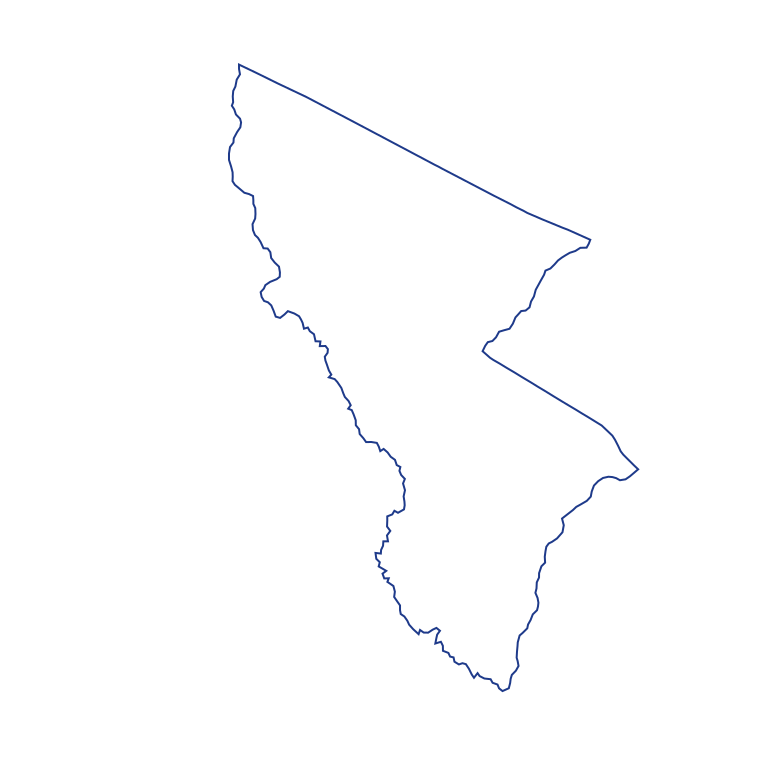 outline of Glória D'Oeste, Mato Grosso, Brazil, rotated 25°
{"feature_id": "56859067B39077637769127", "entity_name": "Glória D'Oeste", "entity_type": "district", "adm_level": 2, "iso_a3": "BRA", "parent_name": "Brazil", "parent_adm1": "Mato Grosso", "projection": "orthographic", "projection_center": [-58.306, -15.871], "detail": "fine", "context": "isolated", "style": "outline", "palette": "blue", "viewbox_px": 768, "rotation_deg": 25, "n_neighbors": 0, "source": "geoboundaries", "source_scale": "gbopen_adm2", "svg_char_len": 3885}
<svg xmlns="http://www.w3.org/2000/svg" viewBox="0 0 768 768"><g transform="rotate(25 384 384)"><path d="M650.4,353.9L645.0,352.1L639.5,350.1L635.6,348.7L630.7,346.9L627.0,345.0L622.2,341.0L616.9,336.9L612.8,334.3L606.9,332.3L598.8,329.6L593.6,329.0L583.4,327.8L575.6,327.0L568.8,326.2L560.8,325.4L554.0,324.7L543.1,323.5L532.9,322.3L524.2,321.4L516.7,320.5L506.0,319.4L497.4,318.4L488.1,317.5L480.1,316.6L473.0,316.0L469.0,315.4L459.5,312.6L459.6,306.6L460.4,302.2L464.1,299.2L465.8,294.3L466.2,288.0L469.8,284.8L474.4,280.9L475.3,274.9L475.0,268.1L476.2,264.3L477.5,259.9L481.3,257.6L483.5,253.0L482.4,247.1L482.9,241.3L481.7,234.5L482.1,228.5L482.4,223.8L482.9,217.3L482.4,213.0L486.0,209.0L488.0,203.6L489.5,198.5L491.8,194.2L494.0,190.8L496.9,186.6L501.2,182.6L504.4,177.6L510.0,174.8L510.3,170.3L510.0,166.1L485.1,166.5L479.9,166.9L458.1,167.9L441.5,168.4L437.6,168.1L429.2,167.9L422.6,167.5L403.9,166.9L395.3,166.5L345.9,164.3L341.6,164.0L337.2,163.9L296.4,161.8L247.1,159.3L192.3,156.7L160.8,156.5L137.1,156.0L117.6,155.8L119.5,159.8L122.6,164.2L121.9,170.4L123.6,177.2L123.5,182.1L125.4,187.3L128.2,192.4L128.5,196.1L132.2,198.4L135.9,202.3L141.4,204.4L143.9,207.3L145.3,212.0L144.4,217.8L144.0,224.8L145.5,228.8L144.3,234.3L146.1,240.6L148.8,246.4L153.5,251.5L157.3,256.1L159.3,260.1L161.0,264.2L164.7,266.5L170.0,267.9L176.6,269.7L181.4,268.9L185.9,269.0L187.9,272.6L189.5,276.0L193.0,279.0L195.7,284.3L197.3,288.5L197.3,294.7L200.2,299.9L204.1,303.5L208.0,304.8L212.2,307.5L217.4,311.9L221.3,310.4L225.3,312.6L228.5,317.5L233.6,320.1L239.2,322.0L242.5,326.8L244.2,330.9L242.5,334.3L237.6,339.6L234.7,344.5L234.8,348.3L233.4,352.9L236.3,356.8L240.2,359.4L244.3,359.0L248.6,360.4L252.9,364.2L257.4,368.7L261.9,368.0L264.4,363.1L266.1,358.6L273.0,358.0L278.4,358.5L281.5,360.6L284.4,363.0L288.1,367.7L291.1,365.0L294.5,367.5L299.5,368.5L303.9,374.2L308.4,372.3L309.8,376.8L314.9,374.3L318.4,376.1L319.7,379.6L318.8,384.3L321.0,387.5L323.8,390.3L328.3,395.0L332.3,397.8L331.2,401.3L337.2,400.4L340.8,401.9L347.0,405.6L351.1,409.7L354.0,412.3L359.1,414.4L362.8,417.3L362.0,421.5L365.8,421.3L369.2,424.3L373.7,428.8L375.9,433.3L380.5,435.5L383.1,439.6L388.3,441.9L392.3,444.2L397.1,441.9L402.4,440.4L405.8,443.0L409.0,446.4L411.1,443.0L416.2,444.5L420.8,447.1L426.0,448.1L429.8,452.1L433.9,452.3L434.7,456.2L438.0,459.2L443.0,461.2L443.3,466.1L447.9,471.4L449.3,477.6L452.2,481.9L454.0,485.2L455.1,489.2L451.1,494.8L447.0,494.5L446.6,498.7L442.9,502.6L444.6,506.2L447.0,511.9L451.8,514.5L450.7,520.0L454.1,524.9L449.9,526.9L451.5,531.0L451.5,535.6L452.8,539.0L447.7,540.7L450.9,545.7L455.5,547.3L456.3,551.6L460.9,552.0L465.0,552.4L462.8,556.5L466.4,560.1L470.4,558.1L470.7,561.9L477.9,563.1L481.6,567.6L483.2,572.7L487.6,575.3L492.1,577.9L494.1,582.2L496.4,585.4L500.7,586.1L505.2,588.7L508.5,591.5L514.1,593.9L521.1,596.1L520.6,591.7L525.0,592.5L529.1,590.7L532.0,586.0L534.6,582.9L539.0,584.0L538.1,588.7L538.9,592.3L540.2,597.5L544.5,593.6L548.0,596.4L550.2,600.9L556.0,600.5L559.1,603.1L562.6,602.4L565.2,605.9L570.4,606.5L573.1,603.9L576.6,603.3L581.3,606.2L586.3,610.2L589.7,612.2L591.0,606.5L594.1,608.3L599.4,608.5L605.4,606.5L608.7,608.9L613.9,608.4L616.9,611.2L621.2,612.2L625.7,607.0L624.7,601.7L623.4,597.7L622.8,593.6L624.7,588.1L625.1,582.7L622.2,578.6L619.9,576.0L617.7,570.5L615.8,565.2L614.4,561.6L613.2,554.6L614.8,551.1L617.1,544.9L616.2,541.1L616.6,536.0L616.2,529.9L618.3,524.3L617.6,520.6L616.4,517.0L613.6,513.0L609.5,509.3L608.6,504.8L606.3,499.2L606.3,493.9L604.5,489.9L603.7,482.7L605.5,477.8L602.7,472.6L601.0,467.2L599.9,462.9L600.7,458.9L603.0,456.0L606.1,450.8L608.4,442.9L606.6,436.0L602.2,430.7L608.5,418.4L610.2,414.1L612.9,410.4L617.2,404.2L619.0,398.7L617.7,393.6L617.2,387.3L619.2,381.5L622.2,376.6L626.6,373.2L630.4,371.8L634.2,371.2L638.5,371.5L643.2,368.3L645.9,363.7L650.4,353.9Z" fill="none" stroke="#1e3a8a" stroke-width="2"/></g></svg>